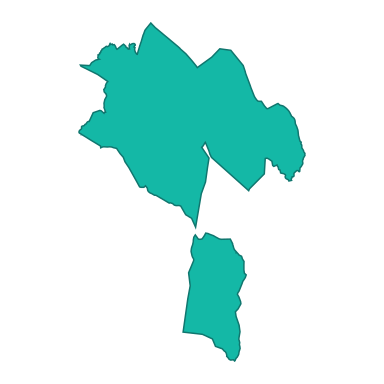 the district of Almoloya de Alquisiras, México, Mexico
{"feature_id": "50627088B93704766177629", "entity_name": "Almoloya de Alquisiras", "entity_type": "district", "adm_level": 2, "iso_a3": "MEX", "parent_name": "Mexico", "parent_adm1": "México", "projection": "natural_earth1", "projection_center": [-99.868, 18.807], "detail": "fine", "context": "isolated", "style": "filled", "palette": "teal", "viewbox_px": 384, "rotation_deg": 0, "n_neighbors": 0, "source": "geoboundaries", "source_scale": "gbopen_adm2", "svg_char_len": 5890}
<svg xmlns="http://www.w3.org/2000/svg" viewBox="0 0 384 384"><path d="M291.6,180.4L291.2,179.4L291.3,178.7L291.5,178.4L291.7,178.2L292.0,177.7L292.0,177.0L292.1,176.8L292.5,176.7L293.0,176.8L293.6,176.5L293.9,176.2L294.0,175.7L294.0,174.8L293.9,174.5L293.9,173.8L294.0,173.3L294.4,172.8L295.7,171.5L296.2,171.1L296.7,170.6L297.5,170.6L298.0,170.5L298.3,170.7L298.5,171.1L298.8,171.5L299.2,171.7L299.5,171.6L299.7,171.4L300.0,168.1L300.2,167.7L301.2,166.6L302.2,164.8L302.8,163.8L302.8,162.8L302.7,162.1L302.5,161.6L302.7,160.7L302.7,160.1L302.9,159.6L303.3,159.1L303.3,158.5L303.5,157.9L304.3,156.6L305.0,155.3L304.9,154.9L304.8,154.5L304.9,153.8L304.8,153.5L304.9,153.3L304.6,152.9L304.2,152.4L303.9,152.0L303.6,151.2L303.5,150.5L302.0,148.1L301.8,147.2L301.8,145.6L301.7,145.0L301.5,144.6L301.0,144.0L300.9,143.7L301.2,142.5L301.0,141.9L300.6,141.8L300.2,141.5L300.1,141.1L299.7,140.2L298.8,136.6L298.5,135.7L298.2,132.6L298.0,130.7L297.8,129.8L296.7,126.6L296.0,125.1L295.6,124.3L295.3,123.4L295.1,121.2L294.9,120.2L294.6,119.4L294.0,118.3L292.5,116.9L291.6,116.3L291.0,114.9L290.8,114.7L290.6,114.4L290.3,113.5L288.8,111.0L287.2,109.2L286.3,108.4L285.5,107.6L284.5,107.0L283.6,106.2L281.9,105.6L280.5,105.3L279.9,105.1L279.0,104.4L278.0,103.5L277.0,103.9L268.2,108.5L267.1,108.7L266.5,108.4L266.1,107.8L264.5,106.0L261.4,101.3L259.1,101.3L258.0,101.1L256.9,100.2L254.9,97.4L254.2,96.0L250.8,87.4L250.3,85.8L245.6,73.3L245.2,71.5L243.8,67.3L243.2,65.5L230.8,50.3L219.8,48.8L211.7,57.2L197.3,67.6L196.3,66.1L192.1,60.9L185.9,53.8L180.3,48.9L180.0,48.4L177.9,46.5L156.1,28.3L155.4,27.8L150.8,23.0L145.3,29.8L144.8,30.7L143.6,34.1L143.1,35.1L141.1,42.0L140.5,43.5L140.1,45.0L139.9,45.3L139.3,47.4L138.3,50.7L137.3,54.3L136.6,54.1L136.4,53.3L135.7,52.9L135.0,51.2L134.6,49.5L134.9,47.8L135.0,47.6L134.7,47.4L134.3,47.3L134.2,47.3L134.0,47.1L134.0,46.9L134.3,46.6L134.6,45.6L134.8,45.5L135.2,45.3L135.3,45.0L135.2,44.7L134.9,44.1L134.0,43.5L132.8,43.6L132.2,43.7L131.1,44.4L129.9,44.9L129.6,44.3L129.1,45.5L129.3,46.6L129.5,46.9L129.1,47.7L129.5,48.8L129.3,48.8L128.8,49.2L127.5,48.6L127.4,48.2L126.9,47.5L126.1,47.3L125.8,46.6L125.7,46.1L125.1,45.7L124.8,45.3L123.6,44.2L122.1,45.2L117.7,48.8L117.0,49.3L116.6,48.9L115.7,47.2L115.6,46.6L114.8,45.3L114.2,44.6L112.8,44.9L112.2,44.0L110.7,44.5L110.1,43.5L109.6,44.3L109.6,44.8L109.4,45.3L109.2,45.5L108.6,46.2L108.1,46.3L107.5,46.7L106.4,46.3L106.0,46.5L105.1,47.3L104.2,47.8L103.5,48.4L102.8,48.9L102.3,49.0L102.0,49.3L101.9,49.9L101.8,50.1L101.2,50.7L100.8,51.3L100.8,52.0L100.1,53.0L99.7,53.0L99.5,53.3L99.7,53.8L99.6,54.0L99.4,54.1L99.2,54.5L98.5,54.8L98.5,55.1L98.0,55.1L98.1,55.6L98.1,56.1L97.8,57.7L98.4,58.8L99.2,59.2L95.6,60.1L91.6,62.7L89.7,65.6L80.4,65.1L81.0,66.2L97.7,74.5L107.8,81.5L106.3,83.4L105.5,85.4L105.4,87.4L105.0,87.7L104.5,88.7L103.8,89.4L104.2,91.9L104.9,92.6L105.5,93.4L105.7,93.8L106.2,94.0L106.6,95.9L106.4,96.7L104.8,99.6L104.0,103.2L104.2,106.3L104.0,107.2L104.0,107.6L105.6,112.2L104.6,112.3L104.0,113.3L101.2,110.8L99.9,110.4L93.2,112.7L89.2,121.4L88.8,121.3L87.5,121.9L87.0,122.4L86.6,123.1L86.3,123.4L86.0,124.0L85.5,124.2L85.0,124.4L84.3,125.4L83.7,125.8L82.5,126.0L82.0,126.2L81.7,126.5L81.5,126.9L81.5,127.4L81.7,127.9L81.6,128.4L81.4,128.7L81.1,129.2L80.9,129.4L80.5,129.6L80.1,130.0L79.5,130.5L79.3,130.9L79.0,131.8L79.0,132.3L79.2,132.9L81.4,134.3L81.4,134.5L81.6,134.4L91.4,140.5L100.5,146.0L100.7,147.8L102.7,146.9L104.1,146.8L105.9,146.9L107.4,147.0L109.7,146.8L111.6,147.0L113.5,147.7L116.6,148.4L119.0,152.0L120.1,153.6L123.3,157.3L125.0,161.8L128.9,167.6L135.9,180.1L139.6,186.9L140.9,187.3L143.9,187.3L145.5,185.8L147.3,188.1L147.7,190.3L148.4,191.6L150.0,192.9L151.9,193.7L154.4,195.2L156.0,195.3L169.2,203.1L170.2,202.8L172.5,203.5L174.3,205.1L176.1,205.6L179.0,205.5L180.7,206.0L185.7,214.7L191.6,218.3L195.6,227.2L201.3,193.7L205.5,182.0L207.5,167.5L209.0,158.1L201.7,147.3L202.4,146.8L203.3,145.6L205.1,142.5L205.3,142.3L206.6,145.2L208.8,150.5L209.6,153.0L209.8,154.0L210.2,154.7L211.1,156.7L211.7,157.6L248.7,190.7L249.5,188.8L264.3,173.9L265.2,159.1L265.3,158.4L267.1,158.2L268.5,158.8L271.9,161.2L272.7,165.5L273.8,166.4L277.0,165.0L277.3,166.0L277.9,166.6L278.1,167.1L278.7,169.5L279.9,169.9L280.1,170.8L280.3,171.2L280.6,172.9L281.0,173.1L283.7,173.7L285.3,174.6L285.6,175.3L285.2,176.4L285.2,177.1L285.5,178.0L286.2,178.7L288.5,179.9L288.9,181.0L291.6,180.4ZM221.1,239.3L219.2,238.9L215.5,236.9L213.5,235.7L209.7,234.3L208.0,233.5L205.7,233.1L204.8,234.9L204.2,235.9L203.0,237.7L201.8,239.1L200.1,239.3L198.4,239.2L195.3,234.9L193.8,237.2L193.3,240.1L193.3,241.2L193.2,242.1L192.6,244.8L191.7,247.3L191.4,248.6L191.1,250.9L191.1,251.6L191.9,255.2L192.4,256.8L192.8,257.6L193.6,258.9L193.7,259.7L193.6,260.8L193.3,261.5L188.6,272.8L190.2,285.8L187.8,298.8L183.1,332.1L202.4,334.3L212.4,338.9L215.5,346.4L222.3,348.8L224.1,350.9L225.5,351.9L226.4,353.6L226.5,354.3L226.7,354.9L226.8,355.7L226.7,356.4L227.6,357.2L228.2,357.9L228.7,358.8L229.3,359.4L230.3,359.9L230.8,360.1L232.0,359.9L233.5,359.8L233.8,360.1L234.2,360.5L234.5,361.0L234.9,360.8L235.2,360.3L235.6,359.2L236.4,357.9L237.2,357.2L238.6,354.6L238.8,353.5L239.0,352.2L239.2,351.1L239.5,350.5L239.7,349.7L240.1,348.5L239.8,346.1L239.4,344.9L239.7,342.5L239.1,340.1L238.8,339.5L239.0,337.6L240.0,331.8L239.1,325.2L236.1,316.5L235.4,311.8L238.1,308.9L240.9,303.8L240.6,301.6L238.9,297.0L237.4,294.4L237.9,292.7L238.9,291.4L240.3,288.0L240.8,286.7L241.9,284.0L242.8,281.4L245.3,277.6L246.2,274.9L244.4,273.2L243.9,269.9L243.9,264.6L244.0,261.4L242.7,259.4L242.4,258.8L242.2,258.4L242.0,257.4L241.5,256.2L239.6,255.3L239.4,255.1L238.9,254.9L238.7,254.6L238.4,254.1L237.0,252.6L236.8,252.5L236.4,252.7L236.2,252.7L236.4,252.2L236.5,252.0L234.6,249.9L234.4,249.4L234.2,249.2L234.1,248.9L233.8,248.3L233.0,245.3L232.8,244.9L232.5,243.8L232.6,243.6L230.3,239.1L221.1,239.3Z" fill="#14b8a6" stroke="#0f766e" stroke-width="1.5"/></svg>